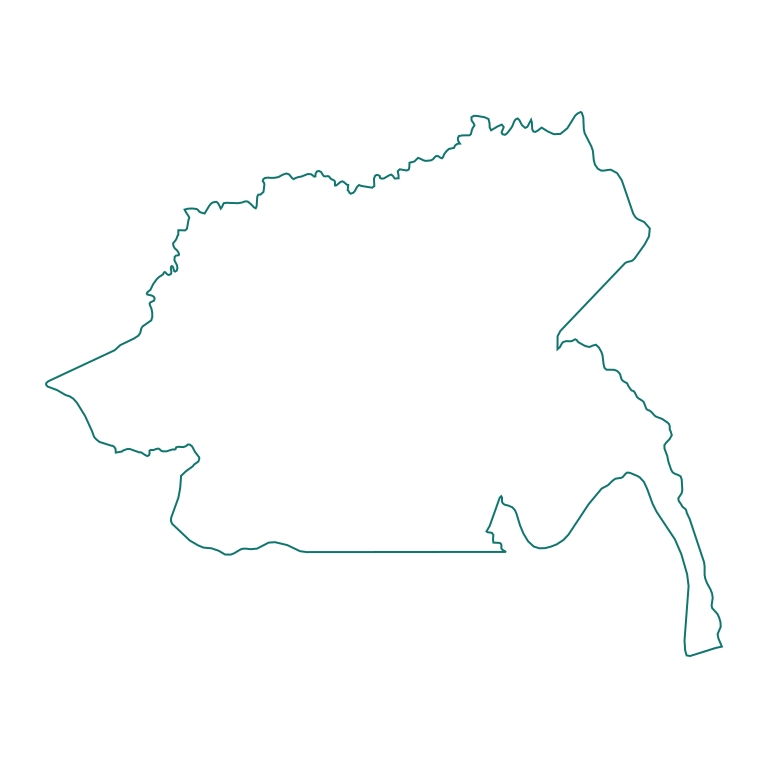 SVG path tracing the border of Guainía
{"feature_id": "COL-1424", "entity_name": "Guainía", "entity_type": "Commissiary", "adm_level": 1, "iso_a3": "COL", "parent_name": "Colombia", "parent_adm1": "", "projection": "robinson", "projection_center": [-68.772, 2.606], "detail": "fine", "context": "isolated", "style": "outline", "palette": "teal", "viewbox_px": 768, "rotation_deg": 0, "n_neighbors": 0, "source": "natural_earth", "source_scale": "10m", "svg_char_len": 6113}
<svg xmlns="http://www.w3.org/2000/svg" viewBox="0 0 768 768"><path d="M690.1,656.0L686.6,655.4L685.2,650.6L684.5,640.7L688.6,586.1L687.1,574.1L681.3,554.1L674.9,539.3L656.6,511.8L652.6,503.8L647.2,489.0L643.9,481.9L639.6,477.2L637.0,475.8L629.8,472.8L627.2,472.6L625.7,473.6L622.8,477.0L621.3,477.8L615.4,478.7L612.6,480.7L608.0,485.2L601.6,488.6L588.7,504.1L568.5,534.6L563.4,540.0L556.8,544.3L551.3,546.5L545.3,548.1L539.3,548.3L533.7,546.5L528.1,541.3L523.6,533.9L520.1,525.6L516.4,513.4L514.8,510.0L512.3,507.3L508.4,505.6L505.0,504.8L503.7,504.1L502.4,502.7L502.0,501.3L502.0,497.5L501.2,496.2L499.8,497.6L489.7,525.9L486.5,531.4L487.6,532.2L491.8,532.8L493.4,535.0L493.0,539.2L493.4,542.6L499.6,542.9L501.0,543.9L501.5,545.5L501.3,547.9L501.8,549.2L503.2,550.3L506.1,551.9L306.8,552.1L300.0,551.2L287.3,545.1L275.1,542.2L268.7,542.6L257.1,548.6L250.3,549.2L246.7,548.7L243.7,548.6L240.8,549.3L233.7,553.5L230.6,554.6L225.0,554.5L218.8,550.8L211.5,548.3L203.5,547.6L198.4,545.5L189.9,540.6L172.1,523.8L170.9,520.8L171.2,517.6L178.4,497.7L180.2,487.9L181.1,475.8L186.1,471.1L192.8,466.3L194.1,464.5L198.4,461.5L199.3,458.6L199.2,457.4L195.0,451.9L192.1,446.4L189.8,444.6L187.9,444.5L185.9,446.2L183.3,447.1L178.2,446.8L176.2,447.3L175.5,449.2L174.5,449.6L173.2,449.4L171.6,449.7L166.6,451.3L162.6,451.3L160.9,450.6L159.8,449.4L158.6,448.6L156.5,448.9L153.5,450.0L150.7,450.0L149.6,450.6L149.4,451.7L149.6,453.4L149.1,455.1L147.4,456.1L145.1,455.0L141.2,452.4L139.1,452.3L130.1,449.1L127.7,448.9L123.1,450.5L122.0,451.5L115.8,452.6L115.5,448.8L114.1,446.7L112.5,445.8L111.4,445.7L99.4,441.9L96.3,439.4L94.1,436.9L92.0,431.1L85.1,416.0L76.9,402.7L73.3,398.7L69.6,396.3L65.5,395.0L57.1,390.1L47.7,386.6L46.1,384.8L46.2,383.1L48.4,381.2L114.7,350.2L120.3,345.1L134.2,338.4L138.3,335.7L140.2,333.1L141.3,328.5L142.6,326.4L151.3,320.3L152.3,316.8L152.2,312.4L151.4,308.5L150.0,305.4L149.6,303.6L150.2,302.5L153.9,300.7L154.6,299.1L154.3,297.4L152.8,296.0L151.2,295.4L147.3,294.5L146.8,293.4L147.4,292.3L150.4,289.8L153.2,284.1L156.8,279.1L159.2,276.9L163.1,274.4L163.7,272.8L164.4,272.1L165.1,272.1L167.3,274.4L168.9,275.0L171.0,273.9L171.4,271.8L170.9,269.4L171.0,267.0L171.7,266.1L172.5,266.3L173.1,267.5L174.2,271.0L175.2,271.6L176.8,270.5L177.4,268.2L177.1,265.5L174.4,260.3L174.7,256.8L176.0,255.6L178.7,255.2L179.0,254.2L178.5,252.6L177.0,250.3L174.8,248.4L173.4,245.9L173.1,243.3L175.5,240.4L176.7,238.3L177.4,236.0L178.2,235.0L178.4,230.2L185.2,230.4L187.0,228.7L188.4,220.4L189.3,217.4L185.6,211.6L184.6,209.6L187.9,208.7L192.5,208.5L196.6,209.0L198.4,210.3L199.1,211.5L200.9,212.5L204.6,213.5L209.2,205.9L210.8,203.8L212.9,202.4L216.2,201.8L217.6,202.7L218.9,204.6L220.8,208.6L222.0,206.9L223.7,203.2L226.4,202.8L238.0,203.2L242.1,202.5L245.0,201.4L247.7,201.5L251.2,204.4L253.9,207.3L255.7,208.3L256.6,206.4L257.3,196.5L258.4,194.6L260.5,194.6L263.5,191.9L264.4,184.4L263.9,182.6L262.7,181.1L263.4,179.1L264.9,178.0L268.1,177.6L270.7,177.9L274.4,177.8L278.3,177.1L283.2,174.5L286.5,173.5L289.1,174.4L292.3,178.3L293.8,179.1L295.2,178.2L297.9,177.2L301.5,176.5L307.9,174.0L311.3,174.3L314.2,176.6L315.4,176.4L315.6,173.6L316.9,171.4L319.1,171.0L321.3,172.2L322.6,174.6L323.9,176.2L325.8,176.4L327.7,176.1L328.9,176.4L330.9,178.9L333.9,180.3L334.7,181.1L335.0,182.5L334.9,184.9L335.2,185.6L336.5,185.3L340.4,182.0L342.4,181.3L344.0,182.2L347.0,184.8L348.2,184.9L347.7,190.2L348.6,191.0L349.4,192.7L350.8,193.7L353.4,192.7L354.8,191.1L357.1,186.8L359.1,185.0L361.2,185.9L372.2,187.7L374.3,186.1L374.0,178.6L375.1,175.8L376.3,175.1L377.3,174.9L379.6,175.8L379.8,176.3L380.0,177.9L381.4,178.6L383.7,178.5L389.4,175.2L391.3,174.6L392.8,175.8L394.7,178.5L398.6,178.3L398.5,175.0L397.7,171.2L399.8,169.3L406.6,170.5L408.7,169.6L409.3,167.5L409.5,162.7L414.4,161.5L418.0,157.9L420.1,158.6L422.9,160.1L425.6,160.9L430.9,160.4L433.1,159.2L434.7,157.2L436.3,156.0L438.4,156.2L440.2,157.6L441.9,158.3L443.0,157.3L444.1,154.4L446.2,151.4L448.8,149.0L454.1,147.8L454.9,145.7L456.7,144.2L458.5,143.6L459.9,143.6L458.2,141.0L457.8,138.5L458.8,136.1L462.3,135.4L469.5,135.3L471.0,134.0L471.6,131.0L472.7,127.9L474.5,125.5L473.7,123.4L471.6,120.5L471.4,117.3L473.8,115.8L477.5,116.0L484.7,117.3L488.5,119.0L489.5,123.1L489.7,127.5L491.1,130.3L497.8,126.3L501.8,124.6L503.7,127.0L503.1,128.9L502.1,130.9L501.6,132.7L502.6,134.3L505.0,134.8L507.1,133.3L511.0,128.3L512.3,126.2L514.2,121.4L515.7,119.3L517.8,118.5L519.5,120.3L521.9,125.1L525.2,127.9L527.4,126.8L531.1,119.8L531.9,122.7L532.2,129.3L533.5,131.6L535.4,131.9L537.6,130.7L541.6,127.6L547.7,131.4L553.9,134.2L560.4,133.9L567.3,128.3L575.3,115.5L577.6,113.5L580.7,112.0L581.8,112.8L583.3,117.3L583.8,129.0L584.6,133.1L591.3,146.3L592.9,150.9L593.8,160.3L595.0,164.7L597.9,168.8L601.2,170.6L604.2,170.6L607.4,170.0L610.8,169.7L617.1,173.1L621.8,180.3L633.2,213.6L635.5,217.3L637.9,219.2L644.2,222.0L649.8,228.5L649.0,236.4L644.7,244.4L634.5,258.7L632.5,260.5L630.8,261.2L627.1,262.0L625.1,263.1L560.4,330.9L557.6,336.2L557.5,349.2L560.0,347.0L561.3,344.4L563.0,342.1L566.3,341.1L570.0,341.3L571.9,341.1L575.1,339.3L576.5,339.9L578.3,342.2L585.2,346.0L589.4,347.0L592.7,345.6L595.9,344.7L598.9,347.5L601.3,351.8L602.5,355.2L603.5,363.7L604.5,367.9L606.5,369.7L614.0,369.8L617.1,370.9L619.6,373.4L620.3,375.0L621.3,378.6L622.0,380.0L623.5,381.3L627.1,383.3L628.4,386.1L631.0,389.8L631.7,390.5L633.8,391.2L635.0,392.9L637.0,397.0L638.6,398.4L642.3,400.7L643.8,402.2L646.4,409.0L647.8,410.0L649.7,410.6L651.5,412.1L654.7,415.7L656.2,416.7L662.1,418.9L667.8,422.8L669.1,424.2L669.7,426.1L669.8,429.7L670.7,431.4L671.8,435.2L669.6,439.1L666.3,442.5L664.4,445.1L664.5,448.6L667.2,455.8L668.4,461.7L671.1,469.7L672.6,472.3L675.1,473.9L678.1,474.9L680.6,476.4L681.7,479.5L682.3,489.8L681.7,493.1L678.3,498.4L678.7,500.8L681.1,504.3L682.4,506.7L685.6,509.2L686.3,510.6L686.7,512.7L689.7,519.1L704.1,562.4L704.6,566.5L704.6,575.0L705.3,578.7L706.9,582.9L710.5,589.5L712.1,593.6L712.7,597.8L711.6,605.6L712.2,608.2L717.4,613.9L719.2,617.7L720.5,622.4L720.7,626.9L717.6,634.0L718.4,638.4L721.9,646.6L715.5,648.0L690.1,656.0Z" fill="none" stroke="#0f766e" stroke-width="2"/></svg>